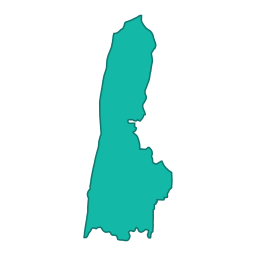 outline of Angk Snuol, Kândal, Cambodia
{"feature_id": "14789045B83714084538428", "entity_name": "Angk Snuol", "entity_type": "district", "adm_level": 2, "iso_a3": "KHM", "parent_name": "Cambodia", "parent_adm1": "Kândal", "projection": "natural_earth1", "projection_center": [104.717, 11.567], "detail": "fine", "context": "isolated", "style": "filled", "palette": "teal", "viewbox_px": 256, "rotation_deg": 0, "n_neighbors": 0, "source": "geoboundaries", "source_scale": "gbopen_adm2", "svg_char_len": 4623}
<svg xmlns="http://www.w3.org/2000/svg" viewBox="0 0 256 256"><path d="M101.1,134.1L100.0,137.2L98.9,141.8L98.7,144.6L98.4,147.4L98.2,147.9L96.9,152.5L95.4,158.3L94.4,163.4L93.1,168.9L92.2,173.6L91.3,178.1L90.9,181.1L90.8,182.2L90.6,183.4L90.3,184.9L90.0,186.4L90.2,187.7L89.9,189.4L89.4,189.7L88.9,190.4L88.0,191.8L87.4,194.0L87.5,194.8L87.7,196.0L87.9,196.9L88.5,197.7L88.5,199.1L88.2,202.0L88.0,204.6L87.8,207.8L87.8,211.1L87.7,212.7L87.1,216.0L86.6,219.7L86.2,222.2L85.5,226.1L85.0,230.0L84.6,232.4L84.3,235.8L84.0,237.5L84.8,237.6L85.4,237.5L86.1,237.5L86.7,237.1L87.5,235.9L87.9,235.2L88.2,234.4L88.4,233.5L89.1,232.8L89.5,232.3L90.3,231.2L90.8,230.4L91.2,229.5L91.7,228.7L92.4,228.2L93.3,228.0L94.4,228.1L95.2,228.4L95.9,228.7L96.6,228.6L97.0,228.0L97.8,227.6L98.7,227.4L99.7,227.3L100.5,227.3L101.2,227.8L101.6,228.4L102.1,229.2L102.8,230.2L103.9,231.3L104.7,231.8L106.0,232.2L107.0,232.1L108.1,231.9L109.2,231.7L109.9,232.2L110.4,232.6L110.7,233.1L111.3,234.4L112.1,235.0L113.0,235.2L114.1,235.1L115.1,235.2L115.8,235.4L116.4,235.8L116.9,236.4L117.1,236.9L117.3,237.7L117.5,238.5L117.8,239.3L118.4,239.6L119.1,239.8L120.5,240.0L121.6,240.0L122.9,240.1L124.0,240.3L125.3,240.5L126.2,240.6L127.5,240.4L128.5,239.7L129.3,238.3L129.9,236.5L129.9,235.8L129.5,234.5L128.9,233.5L128.7,232.4L129.0,231.7L129.6,231.1L130.7,230.6L131.8,230.8L132.4,231.1L133.2,231.4L134.2,231.2L135.2,229.8L135.8,228.1L136.3,227.5L136.9,227.8L137.4,228.3L138.1,229.2L138.6,230.6L139.4,231.6L140.6,232.0L141.5,232.1L142.9,231.5L144.2,230.6L145.3,229.7L145.8,229.5L146.7,229.6L148.0,230.1L148.5,230.9L148.4,231.9L148.2,232.9L147.8,233.9L147.5,234.7L147.7,236.0L148.2,237.1L149.1,237.9L150.2,237.9L150.8,236.9L150.7,235.6L151.0,233.8L151.6,232.5L152.5,231.8L152.8,231.5L152.9,230.2L152.9,229.3L153.1,226.9L153.1,224.6L153.0,222.8L153.1,220.8L153.2,218.8L153.2,216.5L153.2,214.3L153.2,212.6L153.2,209.9L154.3,209.0L154.4,207.0L154.3,204.6L156.0,203.9L156.1,203.2L156.1,202.2L157.0,202.1L157.2,200.9L157.1,199.6L157.6,199.6L158.5,199.8L160.4,199.8L162.7,199.9L163.9,199.8L164.1,199.3L164.3,198.2L164.3,197.5L165.5,197.6L167.3,197.2L167.5,196.6L167.4,195.3L167.4,194.3L167.4,193.7L167.6,193.2L168.1,192.5L168.7,191.4L169.2,190.2L169.9,189.2L170.5,188.7L171.1,188.3L171.6,187.7L171.6,186.1L171.8,184.1L171.9,182.2L172.0,180.3L171.8,177.9L171.8,176.3L171.7,174.6L171.6,172.5L171.1,172.2L169.9,171.3L168.8,170.7L167.1,169.0L166.0,168.0L164.5,166.2L163.4,164.5L162.6,162.7L162.0,161.2L161.0,161.3L159.5,162.3L157.9,163.2L156.3,164.2L155.1,163.7L153.9,163.3L153.3,162.8L152.8,162.2L152.6,161.0L152.6,160.0L152.4,158.5L152.1,157.7L151.7,157.2L151.5,156.2L152.2,154.4L152.1,151.8L151.4,150.1L150.2,148.5L149.2,147.5L148.2,147.4L147.2,148.3L145.7,149.4L144.5,149.3L143.1,149.3L141.8,148.9L140.6,149.0L139.8,149.1L139.8,147.5L139.7,145.1L139.4,143.1L139.0,141.7L138.5,139.8L137.8,137.8L137.2,136.3L136.0,135.0L135.0,134.2L134.1,133.6L133.1,132.2L135.3,130.8L135.9,129.9L136.3,128.3L136.0,127.6L135.2,127.2L134.6,126.6L134.7,124.5L134.7,123.2L133.2,123.2L131.5,123.3L130.0,123.3L128.9,123.1L128.2,122.5L127.8,121.5L128.0,120.2L129.0,119.7L130.6,119.7L131.9,119.7L133.0,119.8L134.0,120.6L135.6,120.9L136.1,120.8L136.8,120.6L137.6,119.7L138.4,120.3L139.4,120.8L140.2,121.0L140.6,120.6L141.1,119.8L141.5,119.3L141.9,118.9L142.4,118.3L142.9,117.4L143.3,116.5L143.6,115.5L143.8,114.9L144.5,114.8L145.2,114.6L144.9,112.8L144.6,111.9L144.1,110.8L143.7,110.0L143.4,109.1L143.1,108.2L142.8,107.2L142.7,106.5L142.7,105.0L143.3,103.6L144.2,102.4L144.8,101.3L145.1,100.8L145.6,99.8L146.0,99.0L146.2,98.2L146.3,96.8L146.0,95.8L145.7,95.2L145.0,93.3L145.0,92.2L145.0,91.3L145.2,90.0L146.2,87.8L147.3,84.6L148.1,82.6L148.8,80.7L149.1,79.7L149.5,78.0L149.8,75.9L150.0,73.9L150.7,71.3L150.8,70.4L151.4,66.1L151.7,64.7L152.4,61.3L152.3,59.0L152.0,57.4L151.7,55.8L151.5,54.6L151.3,53.3L154.2,48.6L154.8,48.5L155.5,46.6L155.8,45.2L155.6,44.2L155.3,43.0L155.1,42.4L154.9,41.4L154.5,41.0L154.2,39.6L153.7,38.6L152.9,35.0L151.4,32.3L149.7,30.6L147.7,29.4L146.1,28.2L144.7,26.5L143.4,24.7L142.3,22.9L141.6,21.6L141.4,20.7L141.5,15.5L140.6,15.4L139.2,15.9L136.8,17.5L134.5,18.5L132.2,19.7L130.6,20.4L127.4,21.6L126.1,21.9L125.0,22.8L124.5,24.2L124.1,26.1L123.2,28.0L121.5,29.5L121.0,29.6L120.4,30.2L119.6,31.0L117.9,32.5L116.0,33.3L114.5,33.5L113.9,33.5L113.3,35.8L112.9,39.2L112.6,41.6L111.5,47.2L108.1,55.8L107.1,59.6L106.7,63.7L106.6,67.1L106.5,67.8L105.9,70.0L104.1,75.6L103.6,78.0L102.9,81.8L102.0,87.8L100.5,96.3L99.9,100.5L99.9,101.0L99.7,102.1L99.8,110.0L99.9,115.8L100.4,122.9L100.8,128.3L101.1,132.8L101.1,134.1Z" fill="#14b8a6" stroke="#0f766e" stroke-width="1.5"/></svg>